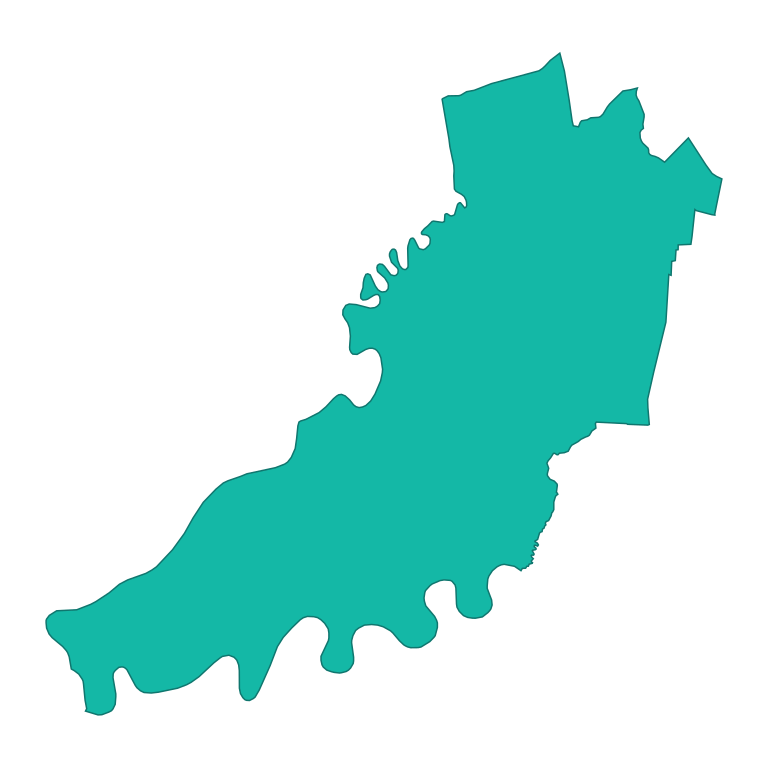 outline of Vi Thanh, Hau Giang, Vietnam
{"feature_id": "81297802B29627750987730", "entity_name": "Vi Thanh", "entity_type": "district", "adm_level": 2, "iso_a3": "VNM", "parent_name": "Vietnam", "parent_adm1": "Hau Giang", "projection": "natural_earth1", "projection_center": [105.433, 9.753], "detail": "fine", "context": "isolated", "style": "filled", "palette": "teal", "viewbox_px": 768, "rotation_deg": 0, "n_neighbors": 0, "source": "geoboundaries", "source_scale": "gbopen_adm2", "svg_char_len": 6086}
<svg xmlns="http://www.w3.org/2000/svg" viewBox="0 0 768 768"><path d="M448.9,138.7L449.9,146.7L453.8,165.4L454.1,171.0L453.8,175.9L454.4,189.0L456.0,191.3L461.5,194.3L464.2,196.5L466.0,200.1L466.5,202.1L466.7,205.6L466.0,207.1L464.7,207.9L460.5,202.8L459.6,202.7L458.2,203.6L457.4,204.9L454.6,214.5L453.6,215.3L451.3,216.0L450.1,215.7L447.4,213.9L446.3,213.7L445.4,214.1L444.9,214.7L444.4,221.5L442.4,222.4L433.5,221.1L432.1,221.5L427.6,226.1L424.5,228.6L421.9,231.6L421.4,232.9L421.6,233.9L422.4,234.5L425.9,234.8L428.3,235.9L429.8,237.7L430.3,239.3L430.0,243.4L429.1,245.2L425.4,248.8L423.3,249.7L419.8,248.9L418.7,248.1L414.8,240.2L413.5,238.4L412.5,238.1L411.0,238.5L409.9,239.8L408.0,245.9L407.7,248.4L408.1,265.5L407.9,267.4L405.9,269.5L404.2,269.5L402.4,268.8L399.9,266.0L397.8,260.6L396.6,252.5L395.5,250.0L394.0,249.1L392.3,249.3L391.4,250.2L390.2,251.9L389.5,253.9L389.5,256.1L391.5,262.2L397.4,268.1L398.0,269.3L398.2,270.4L397.9,273.0L397.5,273.8L396.0,275.3L394.1,275.7L390.8,274.8L384.5,266.3L382.4,264.4L379.7,264.0L378.8,264.4L377.5,265.4L376.9,267.7L377.4,270.8L378.0,271.9L384.7,277.9L387.9,283.0L388.4,285.2L388.2,288.6L386.4,291.0L385.4,291.6L382.4,292.0L380.7,291.6L377.9,289.7L375.3,286.0L370.2,274.9L367.8,273.8L365.9,274.4L364.2,278.2L363.3,282.7L363.0,287.7L360.7,294.3L360.7,297.1L361.0,298.5L362.9,300.0L365.9,299.7L367.7,299.1L373.7,295.4L375.9,294.5L378.3,294.6L379.7,296.6L380.2,300.1L379.7,303.6L377.5,306.1L374.9,307.6L370.2,308.2L356.2,304.6L349.2,304.0L345.8,305.4L343.0,310.0L342.8,314.8L345.0,318.9L347.7,322.8L349.5,327.7L350.4,336.1L349.6,347.3L349.8,349.7L351.2,352.6L352.8,354.1L357.1,354.4L365.6,349.5L369.1,348.3L372.3,348.2L375.2,349.2L377.0,350.6L379.2,353.6L380.9,357.8L382.6,369.3L382.3,372.9L380.6,381.0L375.0,394.1L370.7,401.0L365.9,405.5L362.5,407.0L359.1,407.6L356.0,406.7L353.6,404.9L349.6,399.9L345.2,395.9L341.5,394.4L338.7,394.8L336.7,396.0L333.6,398.6L326.0,406.8L319.1,412.6L305.8,419.4L300.6,421.0L299.0,422.0L297.9,425.8L296.6,438.8L295.2,448.6L291.3,457.4L287.6,462.1L284.7,464.1L275.4,467.7L246.9,473.8L240.6,476.4L227.9,480.8L223.3,483.0L216.0,489.1L203.3,502.3L193.1,517.9L184.4,533.4L172.5,549.8L156.5,566.8L151.8,570.1L145.9,573.4L127.7,579.9L119.5,584.2L109.2,592.8L95.9,601.6L90.6,604.4L76.7,609.8L56.6,610.8L49.3,615.4L46.5,619.2L46.1,620.6L46.1,622.9L46.6,628.1L49.1,634.0L52.2,637.7L62.7,646.5L66.3,650.6L67.6,652.6L69.2,656.8L71.3,669.0L74.2,670.6L78.8,674.1L82.3,679.3L83.1,681.2L83.5,683.9L85.1,700.3L86.7,708.7L85.5,711.1L98.0,714.9L101.9,714.7L108.8,712.1L111.5,710.7L113.0,708.9L115.2,704.3L115.8,696.8L115.8,693.9L113.0,677.7L113.2,674.0L113.7,672.5L115.3,670.4L118.9,667.3L122.0,666.9L123.7,667.2L125.5,668.3L127.0,669.8L135.4,685.6L137.0,687.8L140.5,690.8L144.0,692.5L151.3,693.0L158.3,692.2L177.6,688.2L186.7,684.7L191.0,682.4L199.0,676.7L213.9,662.8L220.1,657.9L222.4,656.4L228.9,655.2L234.0,657.2L235.7,658.9L236.9,660.3L238.7,665.0L239.3,670.5L239.4,688.3L240.5,693.7L242.9,697.7L244.8,699.6L246.4,700.3L249.5,700.5L253.4,698.5L255.1,697.1L259.2,690.1L270.2,665.4L277.4,646.6L283.2,637.4L291.8,627.9L300.3,619.7L303.3,617.7L307.4,616.4L313.8,616.7L317.6,617.6L320.9,619.7L324.7,623.3L328.2,628.8L328.9,633.0L328.9,637.8L328.4,640.6L321.0,656.3L321.0,660.3L322.0,664.8L323.3,667.1L326.8,670.1L331.4,671.7L334.2,672.4L339.6,673.0L341.6,672.7L346.2,671.5L348.5,670.1L350.6,668.0L353.2,663.5L353.6,660.9L353.6,657.2L351.6,642.8L351.7,640.4L352.9,635.7L355.6,630.5L358.6,628.1L364.4,625.1L371.6,624.5L377.7,625.1L383.3,626.8L390.5,630.8L392.9,633.0L399.4,640.7L403.7,644.8L405.5,645.9L407.6,646.9L410.7,647.7L418.1,647.6L421.0,647.0L429.8,641.6L433.9,637.4L435.2,635.7L437.4,627.4L437.4,622.9L436.6,620.3L434.6,616.4L425.8,605.9L424.4,601.2L424.0,598.0L424.8,592.6L425.5,590.6L430.0,585.6L432.3,583.9L440.0,580.6L444.0,579.9L450.4,580.4L452.1,581.3L455.1,585.0L455.9,588.1L456.5,604.0L457.0,607.2L459.3,611.4L463.5,615.6L467.6,617.4L472.2,618.1L475.4,618.2L482.4,616.9L487.9,612.6L489.8,610.5L490.9,608.9L492.1,605.0L491.6,600.0L487.2,588.4L487.2,586.0L487.8,579.0L488.9,576.0L492.4,570.7L496.9,566.9L498.9,565.8L501.3,564.8L504.2,564.3L514.5,566.3L521.0,570.7L522.3,568.4L525.6,568.2L526.8,566.3L528.4,566.2L529.1,564.2L532.3,563.3L532.5,562.6L531.6,562.2L531.3,561.0L533.3,558.7L531.7,557.1L531.2,555.5L531.6,555.1L533.6,555.1L534.1,554.1L532.3,550.8L532.5,550.3L535.4,549.7L536.1,549.1L536.0,548.3L534.2,546.7L534.4,545.3L535.3,545.2L537.6,546.1L538.4,544.9L537.4,543.1L535.0,541.7L535.0,541.0L537.6,539.5L539.5,533.1L540.3,532.3L542.1,531.6L542.5,529.1L544.0,528.2L544.7,526.0L545.9,524.9L545.4,523.6L545.6,522.4L546.4,521.5L548.6,520.6L551.1,515.9L551.8,512.8L552.7,511.9L553.8,509.6L553.8,502.0L555.3,497.0L556.1,495.5L557.8,494.4L557.4,493.2L556.4,492.4L557.3,485.5L557.1,484.1L554.3,481.1L550.1,479.3L547.7,476.1L547.3,474.9L547.4,473.3L548.7,468.3L546.9,463.2L548.1,460.8L550.7,457.7L553.4,453.4L554.7,453.3L556.9,454.7L558.0,454.7L559.4,453.2L564.3,452.7L568.2,451.2L570.6,446.7L571.9,445.1L578.3,441.5L580.9,439.3L585.8,436.9L587.7,436.3L589.4,435.2L591.9,431.0L595.9,428.1L595.4,423.5L596.3,422.1L626.4,423.6L627.7,424.3L647.9,425.1L649.3,424.5L647.9,407.7L647.6,399.2L653.8,371.7L665.9,322.2L668.8,274.5L671.1,275.3L671.7,261.4L675.3,260.6L676.0,250.0L678.1,249.7L678.2,244.9L690.9,244.3L692.0,236.7L694.9,209.5L696.3,210.6L711.9,214.7L714.9,215.1L714.8,213.8L716.5,205.2L721.9,178.9L716.7,176.5L712.1,173.5L705.8,164.8L688.4,137.9L664.6,162.2L658.5,157.9L655.0,156.4L651.5,155.5L649.7,154.4L648.7,152.7L648.6,149.9L648.0,148.1L642.8,143.2L641.5,141.2L640.3,138.1L639.9,132.6L641.2,130.1L643.4,128.4L642.9,124.1L644.1,117.0L644.1,114.3L638.9,100.9L637.1,98.0L636.1,95.1L636.3,91.4L637.4,88.0L630.8,89.7L622.9,91.0L609.6,104.0L607.3,107.0L603.0,114.1L600.4,116.6L598.6,117.3L590.8,117.8L587.3,119.8L581.6,120.8L580.3,122.3L578.5,126.8L573.3,125.8L572.1,120.8L569.1,99.7L564.4,71.0L559.8,53.1L550.3,60.4L545.2,65.9L542.4,68.5L539.0,70.8L491.5,83.6L474.2,90.3L466.6,91.7L460.9,95.1L459.0,95.7L448.2,95.9L442.9,98.5L442.1,99.2L448.9,138.7Z" fill="#14b8a6" stroke="#0f766e" stroke-width="1.5"/></svg>